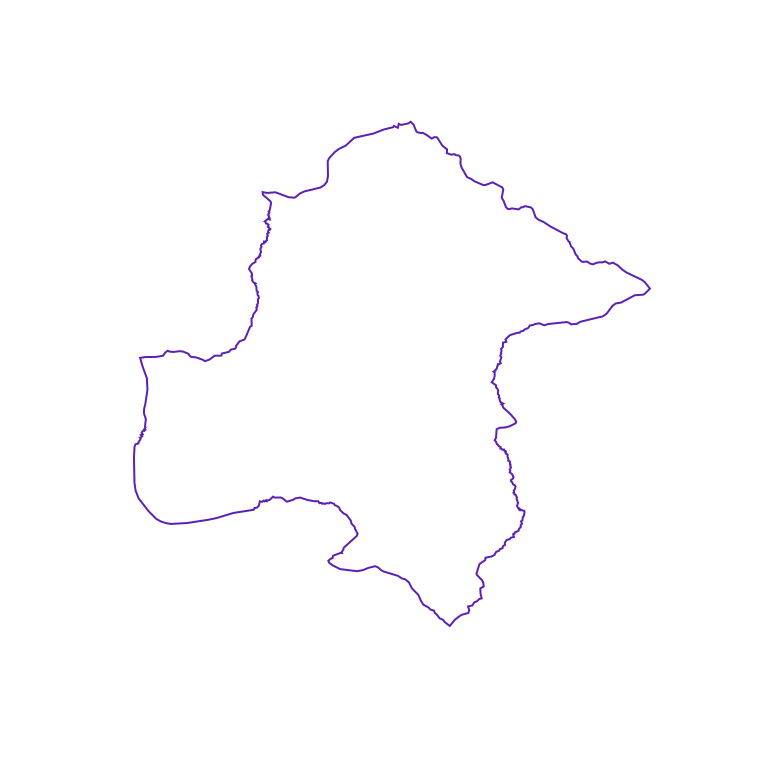 outline of Sambour, Krâchéh, Cambodia, rotated 135°
{"feature_id": "14789045B56748216757277", "entity_name": "Sambour", "entity_type": "district", "adm_level": 2, "iso_a3": "KHM", "parent_name": "Cambodia", "parent_adm1": "Krâchéh", "projection": "robinson", "projection_center": [106.055, 13.019], "detail": "fine", "context": "isolated", "style": "outline", "palette": "violet", "viewbox_px": 768, "rotation_deg": 135, "n_neighbors": 0, "source": "geoboundaries", "source_scale": "gbopen_adm2", "svg_char_len": 6154}
<svg xmlns="http://www.w3.org/2000/svg" viewBox="0 0 768 768"><g transform="rotate(135 384 384)"><path d="M174.2,511.2L172.1,520.8L173.7,522.9L176.8,523.9L177.6,529.2L179.0,534.3L180.5,535.4L182.4,538.4L182.4,540.1L179.7,546.5L179.7,550.5L182.6,551.1L188.7,555.1L189.7,557.5L193.0,555.4L194.6,559.5L195.9,559.1L204.0,564.0L214.4,568.6L231.1,579.2L242.2,579.6L250.2,582.2L254.9,582.8L262.8,582.5L266.2,581.4L276.5,570.7L281.2,567.4L285.7,566.9L289.9,567.8L304.0,576.4L308.8,578.2L314.6,578.7L315.8,579.3L319.3,583.4L325.2,596.3L331.7,601.9L334.1,605.5L335.8,603.6L335.1,594.0L335.6,592.0L342.2,587.5L343.5,587.6L343.8,586.3L346.3,585.7L346.1,585.1L347.9,581.8L348.1,582.6L348.8,581.7L349.3,582.9L352.9,583.2L352.6,582.8L353.6,582.1L353.9,580.7L353.2,580.0L353.1,578.1L355.0,577.3L354.5,576.0L355.4,574.8L354.8,574.1L355.4,573.6L356.6,574.5L358.7,573.5L358.6,572.5L360.6,572.7L361.2,571.0L362.8,570.9L365.1,568.4L366.7,568.7L367.1,568.2L368.0,568.4L368.2,569.4L369.6,568.4L371.2,569.3L373.0,569.0L373.6,567.6L376.0,566.9L377.7,564.2L380.2,563.4L380.8,562.2L381.8,562.7L382.7,562.0L383.2,562.5L384.4,562.2L385.7,562.9L387.3,562.4L388.5,561.2L392.4,562.1L395.5,561.9L398.1,560.8L399.3,555.4L400.6,553.9L401.5,554.1L403.0,551.1L403.9,550.7L404.5,548.4L403.7,545.9L404.6,545.9L405.4,543.2L408.1,540.1L408.1,538.1L409.0,538.1L410.5,536.2L410.5,534.8L411.9,533.2L413.0,533.1L416.3,530.1L417.9,529.8L418.1,528.9L419.3,528.2L420.3,528.3L421.4,526.5L427.2,525.6L429.7,524.0L431.5,523.9L436.3,518.8L438.4,519.1L450.0,514.4L451.5,514.2L455.9,516.3L461.6,515.6L462.5,514.6L464.3,514.3L468.0,516.6L471.0,516.4L476.9,520.1L479.0,519.1L483.8,523.8L490.2,524.7L494.5,526.8L494.9,529.0L497.9,535.4L501.1,539.5L501.5,541.7L500.9,543.6L503.2,549.1L505.3,551.7L510.2,555.5L512.8,558.6L513.4,560.5L516.4,560.9L519.8,560.3L521.0,560.7L526.2,564.5L533.8,571.9L538.0,574.9L542.2,567.3L547.5,555.9L555.3,547.2L567.1,538.5L571.4,535.9L574.4,533.1L577.3,527.5L583.0,523.0L583.2,522.0L585.4,521.6L585.2,520.3L586.6,520.3L587.2,521.2L589.2,521.2L589.7,521.0L590.2,518.9L591.9,519.9L592.1,518.0L594.5,518.5L594.4,517.8L595.5,517.0L599.1,516.4L599.7,515.6L602.4,517.1L604.7,516.1L612.6,509.0L630.2,490.7L635.0,484.3L638.4,476.6L640.4,460.5L640.4,449.5L638.8,444.1L636.4,439.6L633.5,435.6L621.5,424.9L604.2,412.2L597.3,407.7L581.7,399.3L565.5,387.5L564.5,387.2L563.2,387.9L561.3,386.4L558.8,386.4L554.7,388.8L553.3,386.7L551.7,386.7L551.6,385.6L550.6,385.6L550.2,384.5L549.4,384.8L549.3,384.1L548.9,384.4L547.0,382.9L542.1,382.8L541.7,381.1L537.5,377.0L536.5,374.8L536.0,369.5L530.4,366.5L527.6,365.8L523.7,363.1L520.0,355.9L515.8,349.9L513.4,347.6L513.9,345.3L512.5,344.4L512.4,343.1L511.8,343.1L510.5,340.9L509.1,340.5L507.1,338.4L505.8,338.3L504.1,334.7L504.5,332.8L503.8,331.9L503.1,328.8L504.2,325.5L504.1,321.0L503.0,317.8L504.1,310.8L505.7,308.3L505.8,303.8L507.0,301.9L508.5,296.9L510.7,295.8L528.3,296.7L530.0,295.6L532.8,295.1L533.2,294.2L534.4,295.4L541.4,298.6L543.6,297.2L544.7,298.0L548.3,298.4L549.2,296.4L548.6,292.3L545.9,284.1L535.5,270.8L530.5,267.3L525.0,265.0L519.1,261.4L517.9,258.6L517.7,254.4L516.9,251.8L509.8,238.5L508.9,234.0L507.2,231.1L506.6,226.2L508.8,219.5L508.8,211.0L511.2,204.4L512.2,200.2L510.5,194.3L510.7,191.7L508.9,188.5L509.9,186.2L509.7,183.0L510.4,179.1L509.0,175.5L509.4,172.8L508.6,166.4L500.6,167.2L495.0,166.5L491.9,165.7L486.3,162.5L483.6,163.8L481.9,167.3L478.0,164.9L474.6,165.8L471.7,164.6L469.0,164.7L466.5,163.4L463.9,167.6L460.4,171.4L456.6,170.3L454.3,173.4L453.4,176.1L453.3,183.4L452.8,184.5L443.7,189.2L436.9,187.9L435.1,189.4L429.9,186.0L426.8,185.0L423.4,186.0L420.3,184.7L418.8,185.3L416.3,184.1L414.5,185.2L412.2,184.7L410.9,186.3L407.8,187.0L404.6,185.4L403.0,185.6L400.3,184.0L398.9,186.5L397.4,185.8L396.4,186.6L392.9,185.1L390.6,186.2L388.5,186.1L387.1,187.6L385.3,187.6L384.2,190.0L382.5,189.7L379.9,191.8L378.5,191.8L375.1,194.1L374.6,195.4L376.0,197.6L376.3,199.9L377.2,199.1L377.3,199.7L376.2,203.8L373.3,205.1L371.2,209.4L370.2,209.7L369.2,212.7L369.8,213.5L369.3,215.5L368.7,215.3L367.5,216.9L366.4,216.9L363.6,218.4L363.1,219.7L363.7,221.7L362.8,224.0L363.0,225.3L361.8,226.4L360.3,225.9L358.4,226.4L357.1,229.5L357.6,232.6L355.9,233.4L355.7,234.6L353.1,235.2L353.1,236.4L351.4,237.6L351.6,238.3L349.8,240.1L350.4,241.9L349.5,242.5L347.9,245.5L346.5,246.6L347.1,248.7L345.9,249.6L346.3,250.2L345.5,250.8L346.1,251.9L345.5,252.8L346.8,253.9L346.7,255.2L347.4,256.1L346.1,257.0L346.8,259.0L346.4,259.9L346.7,261.7L345.6,264.0L345.5,266.0L342.9,266.7L336.3,272.4L333.1,271.2L328.9,267.5L325.4,265.4L318.8,263.2L317.2,263.8L316.4,266.4L315.9,273.9L316.4,283.2L315.2,285.1L315.3,286.6L313.6,285.9L314.4,288.9L313.2,291.5L312.3,291.9L312.3,293.3L310.8,294.4L310.5,296.5L307.8,298.8L307.1,300.6L307.2,302.3L305.7,303.9L306.6,309.0L302.7,309.8L300.0,311.5L297.6,313.9L297.8,315.2L295.9,314.6L295.3,315.2L293.8,315.0L289.5,317.4L289.1,316.6L288.2,316.8L286.8,316.1L286.0,318.0L282.2,319.8L281.9,321.7L279.6,322.5L279.3,323.3L277.5,324.3L276.4,326.0L273.8,326.1L270.6,329.1L267.7,327.4L266.5,329.7L260.4,329.5L254.0,326.2L251.8,324.4L250.2,324.5L247.7,323.0L246.3,323.2L242.7,321.7L239.3,322.2L237.0,320.3L234.9,319.7L231.2,317.0L229.2,312.2L225.6,310.4L211.0,298.6L209.8,296.3L209.6,293.9L205.0,290.1L201.0,289.1L181.4,277.1L177.0,276.3L167.1,277.7L163.2,277.1L158.9,274.0L143.9,269.4L137.6,263.9L135.5,263.4L128.5,263.4L127.6,271.6L128.0,275.2L133.7,291.4L134.6,296.2L134.8,302.4L136.3,307.9L139.7,309.7L140.9,314.3L143.4,315.4L145.7,317.8L148.6,319.7L151.5,320.7L153.1,323.4L153.8,327.0L157.1,329.7L157.6,330.9L157.9,335.6L157.0,337.3L156.8,340.2L154.4,345.8L154.4,349.2L152.4,353.1L152.7,353.8L151.8,358.0L149.8,359.4L149.4,361.2L150.8,364.2L154.9,377.6L156.6,385.7L158.6,390.9L158.9,394.7L155.3,402.3L155.2,404.8L158.5,410.1L160.8,410.8L162.0,411.9L165.2,412.2L169.4,417.7L172.2,419.4L172.8,421.0L172.6,423.1L170.0,428.7L169.1,432.4L162.0,437.3L161.4,439.4L164.6,449.8L171.2,452.8L173.0,454.2L176.8,463.6L177.2,466.9L179.0,471.5L176.0,482.5L174.1,485.8L170.1,489.5L169.4,491.4L169.6,492.8L171.4,495.0L171.7,496.9L174.2,498.4L176.3,502.8L173.5,505.3L174.2,511.2Z" fill="none" stroke="#5b21b6" stroke-width="2"/></g></svg>